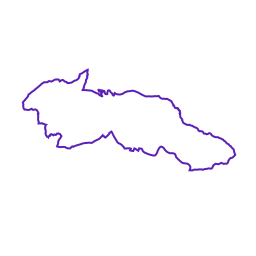 the district of Micasasa, Sibiu, Romania, rotated 56°
{"feature_id": "2599482B61682236556337", "entity_name": "Micasasa", "entity_type": "district", "adm_level": 2, "iso_a3": "ROU", "parent_name": "Romania", "parent_adm1": "Sibiu", "projection": "orthographic", "projection_center": [24.101, 46.097], "detail": "fine", "context": "isolated", "style": "outline", "palette": "violet", "viewbox_px": 256, "rotation_deg": 56, "n_neighbors": 0, "source": "geoboundaries", "source_scale": "gbopen_adm2", "svg_char_len": 5713}
<svg xmlns="http://www.w3.org/2000/svg" viewBox="0 0 256 256"><g transform="rotate(56 128 128)"><path d="M48.0,200.9L49.3,201.3L50.0,201.6L50.3,201.8L50.5,202.2L50.8,202.4L53.2,203.5L54.1,203.6L55.0,203.3L55.5,202.5L56.9,201.1L57.7,199.9L58.2,197.1L59.3,197.0L59.7,196.7L60.2,196.0L60.6,194.7L61.0,194.2L61.9,193.7L63.3,193.6L65.5,193.9L66.2,194.4L66.0,194.8L68.5,196.1L70.5,197.7L71.7,198.3L72.4,198.3L74.3,199.6L74.8,198.4L75.4,197.9L75.9,196.6L76.7,196.3L77.0,195.9L78.1,195.3L79.3,194.3L79.3,194.5L80.9,195.9L81.1,196.2L81.1,196.4L82.7,197.3L83.1,197.2L84.0,197.7L84.7,197.9L85.2,198.2L85.8,199.0L87.4,199.9L89.9,200.0L90.1,199.9L90.3,199.5L91.2,199.3L90.7,198.8L90.5,198.3L90.5,198.0L90.9,197.1L90.9,196.9L90.7,196.6L90.0,196.2L90.0,195.8L90.3,195.4L90.2,195.1L90.4,194.8L92.3,194.0L92.2,193.5L92.3,193.2L92.2,192.7L93.4,191.8L92.9,190.2L93.5,189.5L93.6,189.1L93.5,188.8L94.8,187.9L95.2,187.7L96.3,187.8L97.5,187.7L98.0,188.7L98.6,189.9L98.8,191.0L99.5,192.2L99.6,192.7L100.0,193.0L100.8,194.0L101.7,194.5L103.6,197.1L105.4,195.6L106.4,194.2L107.0,193.1L107.7,191.8L108.5,191.0L111.0,189.5L112.5,187.5L112.5,186.9L112.2,185.9L112.1,184.5L112.5,184.2L113.0,183.9L113.0,183.0L113.3,181.6L114.5,177.7L115.0,176.4L115.2,175.2L115.9,173.2L116.7,171.5L117.5,170.3L117.9,169.2L120.1,166.3L120.2,164.3L120.1,163.5L120.6,160.0L120.9,158.0L120.8,157.1L119.9,153.0L120.5,153.1L121.1,153.0L121.4,152.5L122.3,152.5L123.2,152.2L123.3,152.1L123.3,151.8L122.6,147.7L122.2,146.6L122.0,146.3L121.8,146.3L121.6,144.6L121.7,143.7L122.2,143.7L127.1,144.4L134.4,144.7L135.8,144.1L136.2,143.7L136.7,143.4L138.7,142.6L140.6,142.4L141.0,142.2L143.1,142.3L143.5,141.9L144.3,140.2L145.8,137.9L146.7,137.2L147.7,138.8L148.9,137.8L150.0,136.5L148.5,134.1L149.4,133.5L150.5,133.1L152.6,132.2L151.1,130.1L153.0,128.2L155.5,128.6L156.5,128.4L157.8,127.9L162.1,125.0L165.1,122.3L165.7,121.2L165.8,120.2L165.5,119.3L164.5,117.3L163.6,116.3L162.4,114.0L161.8,112.3L161.8,111.7L161.9,111.1L162.2,110.7L163.3,110.0L164.8,109.6L166.4,109.6L168.5,109.3L169.8,108.9L171.0,108.3L172.1,107.5L172.8,106.8L173.8,105.1L175.2,103.9L175.7,103.7L176.5,103.6L178.7,104.3L179.8,104.3L184.1,103.4L186.5,102.7L187.8,102.1L190.9,98.6L192.1,98.1L193.3,97.9L194.6,97.9L195.8,98.5L196.6,99.3L197.5,100.6L199.1,98.4L199.4,97.0L199.8,96.0L200.5,94.9L201.1,94.3L202.0,92.3L203.5,90.1L203.9,89.6L204.5,89.3L205.0,87.3L206.2,84.9L206.7,83.5L207.5,82.7L208.3,81.6L208.3,81.3L208.2,80.7L207.9,80.0L206.6,78.0L206.7,76.6L206.6,76.2L206.6,75.5L208.7,73.1L209.0,70.3L209.8,69.6L210.9,69.1L211.9,67.5L212.1,67.0L212.5,66.6L212.9,65.6L212.7,65.0L212.1,63.9L211.3,63.1L210.6,61.4L210.3,60.4L210.3,59.9L210.9,58.3L210.9,57.8L210.8,56.6L210.2,54.1L207.3,53.4L205.2,52.5L204.6,52.4L203.1,52.7L202.4,53.0L200.5,53.0L199.5,53.6L197.8,53.7L195.9,54.7L194.2,54.8L192.7,55.2L191.7,55.7L191.1,55.7L190.5,55.8L189.9,56.3L188.7,56.8L187.6,57.8L186.8,58.2L186.2,58.3L184.6,60.5L182.7,61.9L180.8,62.6L179.1,62.6L178.0,63.1L177.6,63.9L177.6,65.2L177.2,66.3L176.3,66.7L175.0,68.2L173.4,68.1L172.4,68.4L171.4,69.2L171.0,70.1L170.8,70.4L169.8,70.9L169.3,71.0L168.6,70.7L167.8,70.7L166.2,71.1L165.2,72.0L164.4,72.3L163.4,73.0L162.1,73.4L161.3,74.4L159.7,75.2L159.2,76.3L158.8,76.6L158.6,77.1L158.3,77.4L154.9,79.2L153.9,79.2L152.3,78.8L151.8,78.8L151.2,78.2L148.9,78.5L148.3,78.5L146.4,77.5L144.9,77.1L144.9,76.4L143.5,76.1L143.4,75.9L143.2,75.6L142.7,75.4L142.0,75.6L141.7,75.9L140.8,75.9L140.8,75.6L140.7,75.6L139.2,75.7L138.7,76.2L138.8,76.6L138.7,76.8L137.7,77.7L137.0,77.7L134.9,77.3L134.7,77.4L134.6,77.8L133.4,77.4L129.9,77.1L125.7,79.3L125.3,79.7L125.2,80.5L123.5,82.0L123.4,82.3L123.2,83.0L122.6,83.5L121.7,84.1L121.1,84.3L120.2,84.5L118.7,84.6L118.1,85.6L117.8,86.4L117.4,87.0L116.7,87.6L116.1,89.1L115.5,89.9L115.0,90.9L114.1,92.1L113.6,92.5L113.1,93.6L111.7,95.7L108.6,97.6L104.4,99.7L101.0,102.0L100.0,102.9L99.3,103.9L98.8,105.3L98.2,106.4L97.3,107.8L97.2,108.7L96.6,111.0L96.7,113.4L96.3,114.2L96.2,114.9L96.0,115.4L95.1,116.9L93.7,118.4L92.6,119.0L91.6,119.5L92.3,120.4L92.8,120.8L93.1,121.5L93.0,121.9L92.8,122.0L92.2,122.0L91.7,122.2L90.8,121.8L90.0,121.9L88.7,122.4L86.9,122.2L86.6,122.3L85.8,123.3L85.8,123.6L86.1,124.1L87.4,125.7L88.3,126.2L88.3,126.4L88.2,126.7L87.3,127.6L86.3,127.8L85.7,127.7L85.1,127.2L84.1,127.0L83.5,127.4L83.3,127.7L82.6,128.3L82.7,128.7L82.6,128.8L82.4,128.6L81.9,129.0L82.1,129.3L81.9,129.6L81.7,129.7L81.4,129.6L81.2,130.1L80.9,130.3L80.8,130.6L80.3,130.7L79.9,130.9L79.8,131.1L80.0,131.3L80.8,131.0L81.3,131.4L81.9,131.3L82.4,130.9L82.6,130.4L82.9,130.4L82.9,130.1L83.1,129.7L83.5,129.2L83.9,129.1L84.3,129.9L84.3,130.7L84.7,131.4L86.1,131.8L86.5,131.4L87.2,131.6L87.2,131.8L84.9,133.2L84.2,133.3L83.1,133.3L82.6,133.5L82.1,134.2L81.5,134.8L80.5,135.1L80.1,135.3L79.8,135.7L76.9,137.1L73.5,141.2L71.6,143.7L71.2,144.4L71.0,144.2L71.1,143.7L71.0,143.4L70.6,142.9L70.1,142.7L69.9,142.1L68.3,140.5L67.2,138.8L66.7,137.7L65.2,136.3L64.7,136.1L64.5,135.4L63.3,133.4L62.3,133.0L61.4,132.2L61.2,132.0L61.4,131.6L61.2,131.4L59.3,130.8L57.4,128.9L57.2,128.8L56.9,131.3L56.9,135.4L56.8,136.4L56.5,137.4L56.5,137.9L57.3,138.8L57.9,139.0L58.0,139.6L58.2,139.9L58.5,140.0L59.0,140.7L59.4,142.0L59.5,143.8L58.8,146.4L58.9,148.6L58.6,149.8L58.2,150.8L57.7,151.6L57.4,152.4L56.9,153.1L56.5,153.1L55.5,153.2L54.2,154.4L52.2,154.9L51.6,155.4L51.3,155.9L51.2,156.6L51.3,158.1L51.2,158.6L50.9,158.6L50.1,158.3L49.1,158.5L48.8,158.7L48.1,159.6L47.0,161.6L46.9,163.5L46.7,165.3L46.1,166.1L45.3,166.8L44.8,167.5L44.8,168.0L45.0,168.8L44.8,169.6L43.6,171.3L43.1,172.4L43.1,173.3L43.2,173.5L43.1,174.7L43.7,178.8L44.1,183.7L44.3,184.9L44.4,188.8L44.6,190.0L44.6,191.6L44.7,192.0L45.6,192.8L46.0,193.6L48.0,200.9Z" fill="none" stroke="#5b21b6" stroke-width="2"/></g></svg>